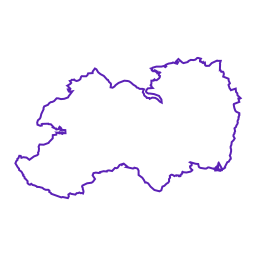 Bobalna, Cluj, Romania
{"feature_id": "2599482B95685423032736", "entity_name": "Bobalna", "entity_type": "district", "adm_level": 2, "iso_a3": "ROU", "parent_name": "Romania", "parent_adm1": "Cluj", "projection": "robinson", "projection_center": [23.661, 47.132], "detail": "fine", "context": "isolated", "style": "outline", "palette": "violet", "viewbox_px": 256, "rotation_deg": 0, "n_neighbors": 0, "source": "geoboundaries", "source_scale": "gbopen_adm2", "svg_char_len": 5750}
<svg xmlns="http://www.w3.org/2000/svg" viewBox="0 0 256 256"><path d="M83.0,193.5L83.5,191.9L83.3,190.3L82.8,189.2L82.8,188.0L82.1,186.7L82.4,185.6L87.1,183.3L91.6,182.7L93.0,181.7L95.0,179.0L92.6,175.3L93.5,173.1L95.8,172.6L98.8,173.0L100.1,172.7L100.0,172.1L100.4,172.0L103.6,171.2L106.8,171.5L106.9,171.0L107.3,170.7L108.9,170.4L112.1,171.0L115.0,167.9L116.6,168.2L117.6,167.8L119.6,165.0L121.1,164.4L121.8,165.0L122.1,164.7L122.0,164.2L122.6,163.9L123.4,164.1L123.8,163.7L127.3,166.6L126.4,167.1L132.7,168.5L133.7,168.4L134.3,167.7L137.1,168.4L137.8,169.0L138.6,170.7L138.6,175.0L142.3,177.7L143.9,180.0L145.2,182.6L146.2,182.4L148.2,183.4L150.5,186.6L154.4,190.0L159.5,191.3L161.3,190.3L162.4,186.6L164.4,185.8L166.5,183.7L168.2,182.7L169.1,181.3L169.0,179.1L170.1,177.6L169.8,175.9L171.0,174.9L171.7,174.7L172.8,175.0L174.4,176.1L175.5,175.5L176.4,175.7L176.6,175.3L178.8,175.5L178.9,176.1L180.1,175.9L179.2,176.2L179.8,176.3L180.4,176.1L180.4,175.5L181.1,174.4L181.3,174.4L181.2,175.1L181.6,174.1L182.2,173.5L182.2,172.2L182.7,171.8L183.2,172.2L186.5,172.5L190.6,171.6L192.3,170.3L192.3,169.9L191.5,169.4L190.2,167.7L190.0,166.3L191.6,165.4L191.7,164.8L191.5,163.3L190.0,162.3L190.2,162.2L195.7,163.8L198.2,164.0L198.8,166.7L199.4,167.4L200.5,167.9L205.0,168.6L206.4,168.5L208.1,167.4L209.1,167.5L213.9,168.9L215.1,169.8L215.2,170.5L218.2,170.2L219.2,170.7L220.6,170.8L221.0,170.3L220.5,169.7L219.5,169.4L216.0,169.9L214.6,168.4L215.4,168.3L215.9,167.2L216.6,166.9L216.8,167.7L217.2,167.4L217.5,168.1L218.1,167.7L218.1,166.3L217.7,165.6L218.1,165.5L218.1,164.9L218.6,164.5L218.3,163.3L218.7,162.8L221.6,168.1L221.5,169.7L222.0,169.9L222.1,169.2L223.4,168.9L225.0,167.7L224.7,167.3L227.3,162.2L228.7,161.7L230.2,159.2L230.8,158.8L230.6,157.3L229.8,155.6L230.5,154.0L231.1,151.3L231.1,149.2L230.7,148.4L230.6,146.7L231.4,144.8L231.7,142.1L233.6,140.2L234.7,138.4L233.4,136.1L233.6,134.7L234.5,133.5L234.4,132.8L235.1,131.3L234.5,128.3L236.1,126.8L236.3,125.6L237.4,124.0L237.8,122.6L237.5,121.9L237.7,120.5L238.5,119.1L238.5,117.3L238.8,117.0L238.6,116.7L239.4,115.1L239.1,114.4L239.4,114.0L239.3,113.1L236.4,111.8L235.3,110.7L234.3,107.8L233.7,104.6L233.9,104.0L239.3,101.9L238.4,98.7L239.7,98.7L240.6,98.2L237.5,95.3L237.3,93.3L236.0,91.9L235.7,88.6L230.9,90.2L230.2,88.9L229.7,88.5L228.5,84.9L229.9,83.3L228.7,80.7L228.5,78.7L223.2,76.6L223.9,74.0L223.4,72.2L222.9,71.7L221.3,71.8L220.0,69.3L219.9,69.4L220.1,64.4L219.9,63.6L220.7,60.9L217.6,60.9L217.1,60.6L211.7,63.1L209.2,65.8L206.1,65.9L205.2,65.3L205.0,63.5L204.7,63.9L203.8,62.4L203.6,62.8L202.9,63.0L202.2,62.5L202.2,62.1L200.9,61.8L200.6,61.1L200.0,61.2L200.0,60.2L200.9,58.7L198.0,57.9L197.2,58.0L195.5,59.6L193.6,60.1L190.8,59.9L188.4,61.1L188.1,61.7L187.5,62.1L183.5,63.1L182.3,62.5L178.4,59.0L176.5,61.0L177.5,61.3L176.3,61.4L176.0,61.8L178.2,62.1L177.2,63.8L173.0,62.5L172.2,63.0L168.5,63.6L165.6,64.9L165.3,65.2L166.2,66.4L165.3,67.1L163.8,66.0L161.4,66.6L156.4,66.6L152.6,67.7L152.3,68.1L151.3,68.4L152.1,68.9L152.0,69.5L151.6,69.7L151.8,70.3L152.4,70.2L153.0,71.2L154.0,71.2L154.5,70.5L154.9,70.8L155.1,70.4L155.8,70.7L155.6,71.6L156.0,71.9L156.5,72.0L157.1,71.5L157.5,71.6L157.0,72.7L157.3,73.4L158.1,73.3L158.3,72.9L158.8,73.1L159.8,72.3L160.1,72.6L158.8,73.5L158.9,75.4L160.6,76.3L160.2,76.3L159.2,78.2L156.7,80.2L154.4,80.1L154.3,79.5L153.0,80.4L153.1,80.7L151.4,80.7L151.4,83.9L150.6,85.2L151.4,86.0L151.3,86.5L152.7,88.0L147.8,88.4L146.4,90.1L146.0,91.5L146.4,92.4L148.5,93.6L149.6,93.5L154.1,94.1L159.0,95.9L161.4,99.5L161.7,102.6L159.8,101.6L157.6,99.3L155.3,97.9L152.3,97.6L149.7,98.8L149.3,98.0L146.8,97.9L146.7,97.4L144.5,95.7L144.0,94.8L143.9,93.7L142.8,92.3L143.1,91.1L144.0,89.3L142.8,88.9L139.7,88.9L137.8,87.7L136.7,87.5L135.8,86.2L133.3,84.7L131.1,82.7L129.2,81.4L127.8,81.0L124.3,80.7L118.6,82.9L115.5,85.2L114.5,86.5L112.6,87.7L110.6,87.3L111.0,84.5L110.8,83.5L109.0,81.9L108.0,79.9L107.3,79.8L103.8,75.9L100.6,74.2L98.2,72.3L96.4,69.3L94.9,68.5L92.7,71.5L92.6,73.1L88.1,73.4L87.4,75.2L86.1,76.3L81.7,76.2L81.0,77.0L80.3,79.2L78.6,80.4L76.7,81.0L75.2,80.5L74.1,79.5L73.5,79.9L71.7,79.8L70.9,80.8L69.9,81.0L71.2,82.9L70.3,83.9L67.3,85.7L68.2,86.3L68.6,87.2L69.3,87.6L70.4,88.8L69.7,90.2L68.5,89.4L67.8,89.4L67.9,89.8L68.6,90.3L68.5,90.8L68.9,91.6L69.5,91.8L72.4,91.3L68.6,96.3L68.1,97.4L64.3,98.8L61.0,99.1L58.0,98.3L56.6,98.3L54.2,101.0L52.4,101.9L50.6,102.2L49.1,103.3L48.0,104.8L44.2,106.4L43.5,108.1L43.6,109.2L41.3,114.0L40.5,117.4L39.9,118.6L37.9,120.3L37.2,122.5L37.5,124.7L40.3,125.8L41.8,125.5L41.7,124.1L42.4,123.9L48.3,123.7L48.5,124.1L50.9,124.3L53.6,127.2L53.1,127.5L55.4,128.6L56.0,128.5L56.2,128.8L55.9,128.9L56.3,129.5L59.4,128.9L59.1,128.1L59.6,127.9L59.3,127.3L59.6,126.8L60.4,127.4L60.2,127.7L61.3,128.5L61.6,129.8L61.3,130.1L62.3,129.9L65.3,130.1L65.5,133.2L63.4,133.2L63.2,132.5L62.3,132.3L62.2,133.8L61.5,133.6L61.3,133.0L60.3,133.2L59.9,132.6L59.1,133.3L58.2,132.7L56.8,132.6L57.1,132.9L56.2,134.2L56.2,134.7L52.8,135.1L52.7,138.4L49.3,141.8L48.6,142.9L43.7,144.7L39.6,144.5L38.6,146.7L39.0,148.6L38.7,151.4L38.0,152.6L38.3,154.0L38.1,154.7L38.1,154.4L37.2,155.2L34.0,156.4L29.4,159.8L26.6,157.6L23.3,157.2L21.4,157.8L20.7,155.9L19.3,155.8L18.5,158.0L17.3,159.0L17.5,159.9L16.3,161.1L15.4,163.3L17.9,167.5L19.0,168.6L19.1,170.0L21.1,171.4L22.1,172.6L22.5,173.8L23.4,174.7L23.1,175.6L24.4,176.8L24.7,178.4L25.3,178.6L27.6,181.2L27.5,183.0L28.6,184.2L29.7,184.7L30.2,184.7L31.2,183.8L32.7,185.0L34.6,185.4L36.7,186.4L37.0,186.9L39.2,187.0L42.4,187.8L43.8,189.0L45.7,189.8L48.3,189.8L49.4,190.6L49.2,191.9L50.8,192.9L51.3,193.8L61.3,197.4L62.7,197.0L67.9,198.1L68.8,196.4L68.4,194.5L70.1,193.3L71.3,193.9L75.4,194.6L76.6,193.2L78.1,193.1L79.4,192.5L80.6,193.2L81.9,193.0L83.0,193.5Z" fill="none" stroke="#5b21b6" stroke-width="2"/></svg>